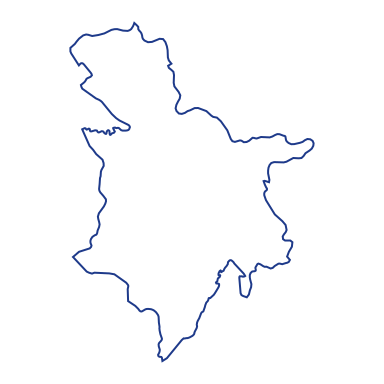 the Province of As-Sulaymaniyah
{"feature_id": "IRQ-3242", "entity_name": "As-Sulaymaniyah", "entity_type": "Province", "adm_level": 1, "iso_a3": "IRQ", "parent_name": "Iraq", "parent_adm1": "", "projection": "natural_earth1", "projection_center": [45.337, 35.514], "detail": "fine", "context": "isolated", "style": "outline", "palette": "blue", "viewbox_px": 384, "rotation_deg": 0, "n_neighbors": 0, "source": "natural_earth", "source_scale": "10m", "svg_char_len": 5945}
<svg xmlns="http://www.w3.org/2000/svg" viewBox="0 0 384 384"><path d="M134.3,23.0L136.4,24.9L138.2,26.8L138.3,29.2L139.2,30.6L140.3,31.7L141.4,33.3L142.1,35.5L142.3,37.1L142.8,38.7L144.4,40.5L148.0,42.2L152.0,41.9L159.6,38.8L163.1,39.1L165.4,42.1L166.9,46.3L167.6,50.2L167.9,57.5L168.8,60.4L171.4,63.7L168.1,65.8L168.9,67.9L171.4,69.9L173.4,71.8L174.0,75.1L173.7,82.8L174.4,86.4L178.6,91.9L180.3,95.3L179.7,98.7L178.1,101.4L176.4,104.8L175.6,108.3L176.5,111.0L178.9,113.5L181.8,113.9L184.9,112.9L187.6,111.1L190.1,110.3L194.6,108.1L198.1,108.0L206.4,111.1L211.4,115.7L213.2,116.9L216.9,117.6L220.9,121.3L227.3,130.3L230.8,139.0L232.4,141.2L234.9,141.9L240.0,140.4L241.5,140.7L243.8,142.2L246.6,142.0L249.2,140.7L252.5,137.8L253.9,137.9L255.3,138.3L256.7,138.5L261.0,137.0L269.7,137.4L272.4,136.5L275.1,135.0L277.3,134.1L279.5,134.2L283.7,135.8L284.7,135.9L285.4,136.5L286.0,140.0L286.6,141.2L287.5,142.1L288.6,143.0L291.3,144.2L294.3,144.1L300.0,142.8L302.6,141.9L304.9,140.2L307.4,139.0L310.3,139.3L312.6,140.9L313.6,143.2L313.3,145.8L311.8,148.6L309.6,150.5L305.5,153.2L303.6,156.0L301.5,158.0L298.7,158.3L293.3,158.0L286.5,161.7L283.7,162.4L274.1,162.1L271.3,163.0L269.6,165.0L268.5,167.7L268.1,170.6L268.1,173.4L269.4,179.9L269.0,182.2L264.9,180.9L264.2,180.9L263.6,181.1L264.8,184.5L266.3,187.7L266.9,188.4L267.0,189.1L266.9,189.8L266.3,190.5L265.2,191.3L264.5,192.4L264.2,193.8L264.3,195.4L266.0,200.2L274.8,214.4L282.4,221.2L285.6,225.0L286.6,230.0L285.6,232.3L283.9,234.4L282.7,236.5L283.1,239.2L285.0,240.5L290.3,240.5L292.4,242.2L291.9,246.7L288.9,251.8L287.1,256.6L289.9,259.9L288.8,261.9L287.4,262.7L285.7,263.1L282.2,264.2L279.8,263.6L278.4,263.7L274.7,266.0L272.7,267.9L270.6,268.5L266.5,266.7L264.7,266.8L263.3,266.2L260.4,264.3L258.4,263.6L257.5,264.0L255.6,267.2L255.4,267.9L255.8,270.0L255.5,270.8L254.7,271.2L252.8,271.4L251.9,271.7L250.5,273.2L249.8,275.1L249.8,277.4L250.2,279.7L251.4,284.1L251.1,287.2L249.9,290.3L248.9,294.5L246.8,297.3L243.1,296.0L241.5,295.1L240.6,293.2L239.3,277.7L239.5,276.6L239.8,276.3L240.2,276.4L241.2,276.3L241.8,276.3L242.4,276.5L242.9,276.7L243.6,276.6L244.2,276.5L244.8,276.3L245.2,276.0L243.7,273.6L234.3,263.5L233.6,262.3L232.9,261.6L231.9,260.7L231.0,260.2L230.1,260.2L229.3,260.7L228.1,262.0L227.9,262.9L227.8,264.1L227.3,264.9L226.6,266.0L225.1,267.7L224.4,268.8L223.8,270.2L223.5,270.8L222.4,271.3L222.0,271.6L221.6,272.0L221.2,272.1L221.0,271.7L221.0,271.2L220.9,270.8L220.6,270.5L220.2,270.7L219.6,271.2L218.8,272.8L218.5,273.7L218.5,275.0L218.9,275.4L219.3,275.5L219.7,275.3L220.0,275.2L220.2,275.5L220.1,276.0L219.5,277.3L218.3,278.0L217.8,278.7L217.3,281.2L216.0,282.4L216.3,283.4L216.7,283.5L218.0,283.6L218.5,283.7L218.9,283.9L219.1,284.2L219.1,284.6L219.1,285.5L218.8,286.6L218.0,288.1L214.9,293.2L213.8,294.8L210.3,298.0L209.9,298.1L209.4,298.0L209.0,298.0L208.6,298.4L208.5,299.2L208.2,300.1L207.7,301.1L206.3,302.6L205.3,305.2L204.8,307.2L203.7,310.3L203.5,311.0L203.2,311.5L202.4,311.9L201.7,312.4L201.1,313.3L199.3,318.1L197.8,320.8L197.3,322.0L197.0,323.0L197.0,323.5L196.8,324.2L196.8,324.8L196.9,325.4L197.0,325.8L197.1,326.3L197.0,326.7L196.7,328.0L196.3,328.8L194.8,331.6L194.3,333.1L194.3,333.6L194.1,334.1L193.5,334.9L192.5,335.8L190.0,337.2L188.6,337.8L187.4,338.1L186.5,338.1L185.1,338.4L184.6,338.5L183.6,338.4L181.8,340.0L166.9,358.2L162.4,361.0L162.0,358.3L161.8,357.5L161.4,357.0L160.9,356.9L160.4,356.9L159.9,356.9L158.9,356.5L158.5,356.2L158.2,355.4L158.1,354.8L159.1,352.9L159.5,351.8L159.7,350.8L159.8,349.8L159.6,349.0L158.8,346.5L158.7,345.5L158.6,344.5L158.8,343.7L159.2,342.9L161.1,340.8L161.7,339.9L161.9,339.2L161.9,338.5L160.4,334.2L159.6,330.4L159.5,329.2L159.4,328.4L159.5,327.6L159.5,326.5L158.9,322.7L158.6,316.8L158.1,315.2L156.9,313.4L155.9,312.1L154.0,310.5L152.7,309.8L151.0,309.2L148.1,308.9L146.5,309.0L145.3,309.4L142.1,311.3L141.3,311.5L140.4,311.3L139.5,310.6L138.2,308.8L135.3,305.9L128.1,301.1L127.7,289.1L128.2,286.8L128.3,286.1L128.2,285.4L127.8,284.7L126.2,282.7L114.4,274.3L109.3,273.4L94.4,272.7L92.0,273.6L89.0,272.7L86.7,271.6L73.0,257.0L79.0,251.8L89.7,248.4L91.1,246.9L91.5,245.5L90.6,243.2L90.4,242.0L90.5,240.5L91.0,239.0L92.4,236.9L94.1,235.7L95.3,235.0L96.3,234.7L96.8,233.9L97.2,232.9L97.6,230.6L99.1,227.0L99.6,224.4L99.1,221.9L98.3,219.1L97.9,216.6L98.9,213.3L103.9,206.4L105.3,203.6L106.0,201.3L105.9,199.3L103.2,195.7L100.3,192.4L99.4,190.7L99.1,189.0L99.6,184.2L100.0,178.1L100.6,176.2L100.9,171.8L101.4,170.1L103.7,165.9L103.6,163.1L102.5,159.7L96.2,154.1L93.1,149.8L89.6,146.0L82.2,129.3L84.6,128.2L85.0,128.2L85.7,128.5L86.0,129.1L86.6,129.6L87.1,129.5L88.6,128.7L89.2,128.7L89.6,128.9L89.8,129.3L89.9,129.7L89.8,130.1L89.9,130.6L90.4,131.3L91.1,131.4L91.8,131.3L95.1,130.3L96.1,130.4L96.9,130.6L97.5,131.7L98.3,132.4L99.0,132.4L99.8,132.1L100.6,131.7L101.7,131.2L102.6,131.3L103.2,131.5L103.8,132.2L104.3,133.0L105.4,133.8L106.0,133.9L106.4,133.5L106.5,133.0L106.7,131.9L106.9,131.3L107.3,130.8L107.9,130.3L108.3,130.2L108.8,130.4L109.2,130.8L109.5,131.2L109.6,133.7L109.9,134.6L110.2,134.9L110.6,134.8L111.9,133.4L114.0,132.7L114.8,131.6L114.6,131.2L113.2,128.5L113.2,128.0L113.6,127.8L114.7,127.6L115.2,127.6L116.0,128.0L116.5,128.1L118.0,127.8L118.6,128.0L119.1,128.2L119.7,128.9L120.0,129.1L120.3,129.3L120.6,129.7L121.3,130.2L122.6,130.6L125.7,130.6L127.2,130.4L128.1,130.1L129.0,129.4L129.3,128.9L129.6,127.9L129.8,127.5L129.9,127.1L129.8,126.7L129.6,126.2L128.7,125.1L119.5,120.5L116.1,118.1L111.8,114.0L101.9,101.9L100.6,100.8L99.0,99.8L95.9,98.4L82.3,88.7L81.5,87.1L80.9,85.0L83.9,82.6L84.9,81.6L85.7,80.4L86.4,79.0L87.4,78.2L90.6,76.8L91.9,75.3L91.5,73.9L90.7,72.7L83.9,64.4L82.6,63.3L81.2,63.2L80.3,63.8L78.9,65.4L71.2,53.4L70.4,51.4L70.4,47.9L74.9,43.9L76.5,41.7L79.1,38.6L83.2,35.4L86.1,34.5L88.3,34.8L92.2,36.0L98.4,35.0L104.4,33.4L111.4,29.9L114.4,29.2L117.2,29.1L123.0,30.6L127.7,30.9L129.6,30.2L131.2,29.1L133.0,26.3L133.7,24.7L134.3,23.0Z" fill="none" stroke="#1e3a8a" stroke-width="2"/></svg>